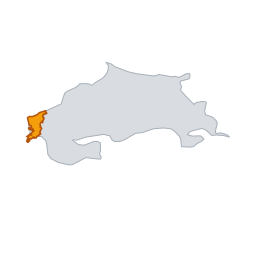 La Cruz, Guanacaste, Costa Rica (highlighted), rotated 316°
{"feature_id": "36466004B52146458356886", "entity_name": "La Cruz", "entity_type": "district", "adm_level": 2, "iso_a3": "CRI", "parent_name": "Costa Rica", "parent_adm1": "Guanacaste", "projection": "mercator", "projection_center": [-85.604, 11.009], "detail": "fine", "context": "in_parent", "style": "filled", "palette": "amber", "viewbox_px": 256, "rotation_deg": 316, "n_neighbors": 0, "source": "geoboundaries", "source_scale": "gbopen_adm2", "svg_char_len": 5294}
<svg xmlns="http://www.w3.org/2000/svg" viewBox="0 0 256 256"><g transform="rotate(316 128 128)"><path d="M210.0,131.5L209.8,132.4L208.9,133.4L207.7,134.3L206.1,135.0L202.3,133.0L198.6,130.8L196.5,131.8L195.7,134.7L194.3,136.2L192.6,136.8L191.9,137.8L191.7,147.6L191.8,156.8L194.7,157.0L199.4,160.2L201.5,162.1L202.1,163.9L201.5,164.7L198.0,166.7L194.7,169.3L193.0,172.5L195.9,177.6L196.6,181.1L196.4,184.7L195.6,186.5L189.1,190.7L187.6,192.2L187.8,193.2L191.4,196.1L193.2,198.9L194.6,202.3L194.8,205.2L191.5,199.8L186.9,194.6L183.0,191.4L182.7,184.0L181.1,179.9L175.1,176.2L170.0,173.6L166.2,174.1L168.6,178.4L174.6,183.9L175.0,186.0L174.9,188.8L170.7,188.4L167.1,187.2L162.7,186.9L159.7,185.2L153.5,178.6L157.9,173.0L159.3,169.4L159.2,161.7L158.1,158.0L153.3,152.4L145.7,146.2L134.9,141.2L129.9,137.1L117.3,134.0L112.5,131.9L108.8,128.1L108.2,125.3L109.5,121.1L106.1,115.7L91.1,105.1L82.7,101.2L80.9,98.9L79.6,98.2L80.8,105.5L84.5,109.9L94.1,114.0L96.7,116.4L97.8,119.5L92.2,125.5L89.4,127.0L88.6,130.3L86.7,131.3L84.8,129.4L77.1,120.0L62.1,115.6L59.4,112.8L53.8,104.2L51.2,96.4L52.1,91.2L58.3,83.1L60.2,79.5L59.8,77.4L60.0,74.2L57.7,71.9L52.0,69.0L48.4,66.6L49.4,65.5L55.9,62.3L56.3,59.5L56.3,58.5L57.4,58.3L58.3,57.6L58.9,56.8L60.7,54.1L62.2,52.5L64.0,52.3L66.2,53.4L74.5,56.4L83.6,59.6L96.7,64.3L102.1,61.3L106.7,59.0L110.0,59.4L117.0,62.0L121.2,62.9L123.8,62.6L128.3,66.5L130.7,69.4L131.1,71.4L132.5,72.4L136.0,72.6L144.5,74.6L149.7,74.2L154.5,72.1L157.1,69.6L157.9,65.7L159.1,67.6L160.5,70.7L161.1,74.7L167.3,87.9L172.2,95.3L182.9,108.7L187.6,111.2L195.4,122.0L198.1,123.8L199.7,127.0L207.8,129.6L210.0,131.5Z" fill="#d9dde1" stroke="#a8b0b8" stroke-width="1"/><path d="M81.0,58.5L75.0,55.4L71.8,55.3L67.0,53.3L65.2,51.3L64.5,51.2L64.2,51.1L63.4,50.9L62.8,50.8L58.8,57.7L59.1,57.9L59.1,58.1L59.3,58.3L59.6,58.4L59.8,58.6L59.9,58.8L59.9,59.0L59.9,59.3L59.9,59.5L59.7,59.8L59.1,60.2L58.8,60.2L58.6,60.1L58.0,60.1L57.9,60.1L57.7,60.0L57.6,59.8L57.4,59.3L57.2,59.2L56.7,59.2L56.6,59.3L56.4,59.4L56.5,59.5L56.7,59.8L56.7,60.0L56.2,59.9L56.2,60.0L55.9,60.2L55.8,60.4L55.8,60.6L56.0,60.8L56.2,61.0L56.6,61.2L56.7,61.3L56.9,61.4L57.1,61.3L57.8,61.8L58.0,61.8L57.9,61.9L57.8,62.0L58.0,62.1L58.3,62.3L58.6,62.5L58.8,62.7L58.8,62.9L58.9,63.1L58.6,63.3L58.2,63.3L58.1,63.6L57.7,63.6L57.4,63.5L57.6,64.0L57.9,64.1L58.3,64.2L58.3,64.6L58.2,64.7L57.9,64.7L57.7,64.9L57.7,65.2L57.6,64.9L57.3,64.7L57.1,64.6L56.9,64.6L56.6,64.5L56.3,64.6L56.0,64.6L55.7,64.5L55.3,64.5L55.2,64.5L54.9,64.5L54.6,64.5L54.4,64.6L54.2,64.6L54.1,64.8L53.9,64.9L53.7,64.8L53.7,65.1L54.0,65.4L54.2,65.7L54.2,65.8L53.9,65.9L53.4,65.7L53.2,65.5L52.9,65.5L52.8,65.4L52.8,65.1L53.0,65.0L53.1,64.9L53.1,64.6L53.0,64.3L52.7,64.2L52.1,64.2L51.7,64.1L51.1,64.1L50.9,64.1L49.8,63.9L49.5,64.0L49.4,64.0L49.6,64.3L49.8,64.4L50.2,64.5L50.3,64.6L50.5,64.6L50.5,64.9L50.5,65.1L50.3,65.1L50.1,65.3L49.6,65.4L48.7,65.8L48.3,65.9L47.9,66.2L47.4,66.3L47.0,66.6L46.6,66.8L46.3,66.9L46.2,67.0L46.3,67.0L46.5,67.1L46.8,67.0L47.2,66.8L47.6,66.8L47.8,66.7L48.1,66.6L48.5,66.9L48.7,67.1L49.1,67.2L49.7,67.5L50.1,67.7L50.4,67.8L50.6,68.1L50.8,68.4L50.9,68.7L51.0,68.8L51.2,68.7L51.5,68.7L52.0,68.9L52.4,68.9L52.6,68.9L52.8,69.0L53.3,69.0L53.6,69.0L53.6,68.8L53.9,69.0L54.1,69.2L54.1,69.5L53.8,69.6L53.7,69.7L53.5,69.9L53.5,70.0L53.6,70.3L53.8,70.5L54.1,70.7L54.8,70.9L55.1,71.3L55.3,71.3L55.5,71.3L55.7,71.0L55.8,70.9L56.3,70.6L56.5,70.6L57.0,70.9L57.3,71.0L57.6,71.0L58.0,71.2L58.3,71.2L58.5,71.4L58.6,71.5L59.1,71.3L59.4,71.0L59.6,71.2L59.7,71.3L60.0,71.5L60.2,71.3L60.3,71.3L60.8,71.3L61.2,71.5L61.3,71.3L61.3,71.1L61.2,70.9L61.1,70.5L61.2,70.2L61.4,70.1L61.9,69.7L62.0,69.6L62.3,69.7L62.5,69.7L62.7,69.4L62.8,69.1L63.2,68.8L63.6,68.8L63.8,68.8L64.1,68.9L64.4,68.8L64.6,68.7L64.9,68.6L65.0,68.6L65.4,68.4L65.6,68.3L65.6,68.1L65.8,67.8L65.8,67.5L65.7,67.5L65.7,67.1L65.5,66.9L65.4,66.9L65.3,66.7L65.6,66.4L65.8,66.3L65.9,66.2L66.1,66.1L66.3,66.0L66.4,65.8L66.5,65.7L66.8,65.5L66.9,65.4L66.9,65.2L66.7,65.1L66.8,64.9L66.8,64.6L67.1,64.4L67.5,64.2L67.9,64.0L68.4,63.7L68.6,63.7L68.9,63.6L69.5,63.4L69.8,63.4L69.9,63.5L70.1,63.6L70.1,64.0L70.1,64.3L70.1,64.6L70.2,64.8L70.3,64.9L70.6,64.8L70.8,64.5L70.8,64.4L71.2,64.1L71.4,63.8L71.6,63.7L71.8,63.5L71.8,63.4L72.0,63.4L72.3,63.5L72.5,63.4L72.7,63.5L72.9,63.4L73.1,63.3L73.3,63.3L73.5,63.2L73.8,63.1L73.9,62.9L74.0,62.7L73.9,62.6L73.9,62.4L73.9,62.2L74.0,62.1L74.0,61.9L74.1,61.7L74.4,61.8L74.4,61.7L74.6,61.7L74.5,61.4L74.6,61.2L74.6,61.3L74.7,61.1L74.8,61.1L74.8,60.9L74.9,60.7L75.0,60.7L75.1,60.4L75.0,60.2L75.3,60.0L75.3,59.9L75.5,59.9L75.8,59.8L76.0,59.8L76.2,59.7L76.3,59.6L76.5,59.5L76.8,59.6L77.1,59.5L77.4,59.6L77.5,59.7L77.4,59.8L77.6,59.8L77.9,60.0L78.0,60.3L78.2,60.5L78.4,60.5L78.5,60.4L78.7,60.6L78.8,60.7L78.8,60.8L79.0,60.9L79.4,60.9L79.3,61.0L79.4,60.9L79.6,61.0L79.8,60.6L79.7,60.3L79.8,59.9L79.7,59.9L79.7,59.7L79.7,59.4L79.9,59.4L80.0,59.2L80.2,58.9L80.3,58.8L80.2,58.6L80.3,58.6L80.5,58.5L80.5,58.4L80.7,58.5L80.9,58.5L80.9,58.4L80.9,58.5L81.0,58.5ZM48.3,68.4L48.2,68.2L47.8,68.3L47.8,68.5L47.6,68.5L47.4,68.6L47.4,68.8L47.5,68.8L47.9,68.7L47.9,68.8L48.0,68.8L48.3,68.9L48.5,68.8L48.6,68.7L48.9,68.6L48.9,68.4L48.4,68.3L48.3,68.4ZM46.7,68.4L46.6,68.5L46.1,68.5L46.1,68.8L46.4,68.9L46.6,68.9L46.8,68.7L47.0,68.7L46.7,68.4Z" fill="#f59e0b" stroke="#b45309" stroke-width="1.5"/></g></svg>